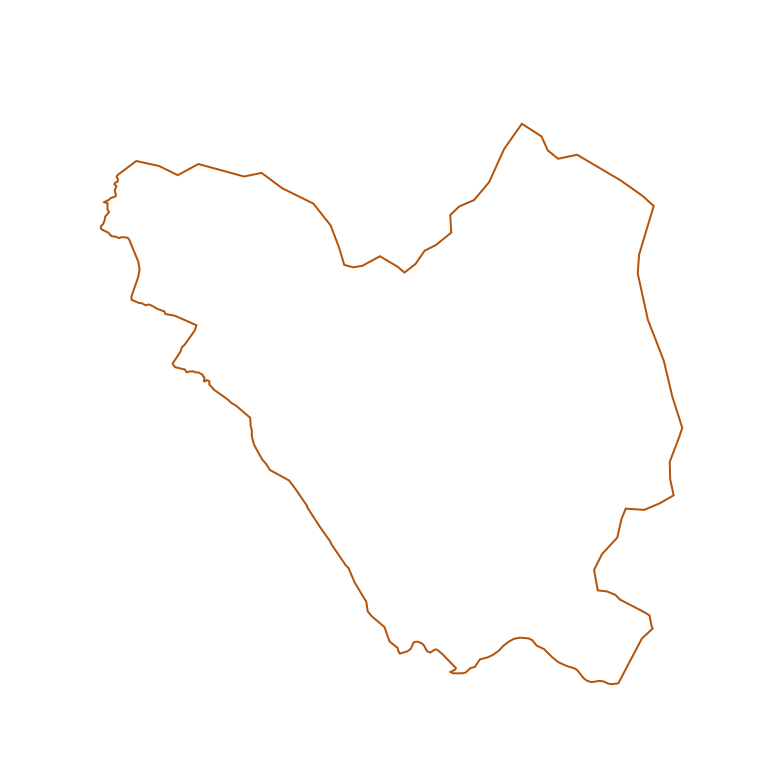 outline of Manyu, Sud-Ouest, Cameroon, rotated 278°
{"feature_id": "32672807B1261524164639", "entity_name": "Manyu", "entity_type": "district", "adm_level": 2, "iso_a3": "CMR", "parent_name": "Cameroon", "parent_adm1": "Sud-Ouest", "projection": "albers", "projection_center": [9.296, 5.93], "detail": "fine", "context": "isolated", "style": "outline", "palette": "amber", "viewbox_px": 768, "rotation_deg": 278, "n_neighbors": 0, "source": "geoboundaries", "source_scale": "gbopen_adm2", "svg_char_len": 2873}
<svg xmlns="http://www.w3.org/2000/svg" viewBox="0 0 768 768"><g transform="rotate(278 384 384)"><path d="M552.6,90.5L551.7,90.4L549.7,92.1L547.2,91.9L545.6,89.5L544.2,89.3L542.5,91.6L539.2,90.6L538.3,90.3L533.5,92.4L532.1,91.6L530.3,87.7L528.0,85.8L525.2,81.7L524.3,85.2L521.1,85.5L518.5,85.8L515.9,87.8L511.1,84.7L506.7,84.5L503.2,83.5L500.9,81.8L498.7,81.9L497.7,83.0L495.6,89.7L492.5,93.5L492.5,97.8L491.6,101.4L492.9,103.6L493.2,109.7L492.4,110.6L491.5,111.6L482.3,117.0L470.5,123.9L463.2,126.0L456.0,125.7L449.1,124.4L435.4,121.7L432.2,122.4L430.5,128.8L430.1,130.3L430.4,132.6L428.8,136.9L430.0,140.1L429.3,143.0L426.7,149.6L425.3,156.5L423.3,157.4L422.9,158.3L422.8,158.6L422.7,163.2L422.6,167.0L416.1,190.0L411.0,189.3L395.3,181.2L392.2,178.7L388.2,178.1L382.9,175.7L375.7,172.1L374.4,172.0L371.6,174.8L370.6,184.7L368.1,187.0L369.3,189.5L370.0,192.9L369.3,196.2L369.6,198.8L367.9,203.1L366.0,204.2L365.8,204.6L365.4,205.4L361.8,205.2L361.5,206.1L363.1,207.8L363.2,209.0L362.0,210.8L359.3,211.0L354.5,216.7L346.8,231.6L344.0,235.4L342.0,240.4L331.9,256.2L326.6,257.3L323.6,257.9L319.7,259.6L313.7,260.4L305.7,263.8L292.5,273.7L288.6,278.2L282.9,283.1L278.9,293.8L275.2,303.5L266.7,311.9L252.6,324.8L251.1,325.2L235.7,338.6L232.6,341.3L220.8,352.5L217.6,354.6L199.2,371.3L196.7,374.6L192.1,377.3L187.8,379.9L183.7,382.3L165.8,396.8L156.7,399.5L152.3,404.1L143.5,418.2L129.8,425.3L124.6,434.1L120.2,436.1L119.3,437.4L122.5,444.3L125.5,447.4L131.6,449.1L132.9,450.5L133.5,452.8L132.7,456.9L131.2,459.5L125.9,463.4L125.0,464.9L124.6,467.3L128.3,471.6L128.2,473.7L124.6,479.5L112.7,494.7L111.1,494.3L108.1,490.0L107.1,492.4L107.6,496.1L108.5,502.1L109.8,505.2L110.2,505.5L114.6,509.1L116.6,513.4L124.5,517.2L127.8,524.8L130.9,529.6L136.2,535.1L140.8,538.2L145.9,543.1L146.5,543.8L149.7,548.1L151.7,553.9L152.2,562.5L151.0,566.5L146.2,571.5L143.8,579.3L136.6,589.0L132.8,595.4L131.7,599.0L130.1,604.4L128.9,612.2L127.6,615.0L120.5,622.6L118.5,626.0L117.6,631.0L120.1,639.0L119.9,643.4L118.5,647.6L118.5,651.6L120.2,657.7L167.8,674.8L179.2,684.0L182.6,682.2L191.7,679.2L193.8,674.7L203.4,647.6L207.4,642.4L209.6,633.8L209.4,624.4L229.0,617.9L231.5,618.7L246.0,623.6L251.1,627.2L264.4,636.4L282.9,637.9L294.2,640.7L295.6,659.2L304.1,673.5L314.1,686.3L329.7,680.6L346.7,677.8L372.5,683.7L379.4,685.0L382.0,685.5L411.6,671.3L446.0,657.8L484.3,636.4L528.7,619.9L547.6,618.6L597.8,626.3L606.0,614.3L618.4,590.3L620.2,586.0L637.9,543.3L631.3,525.1L638.1,513.7L651.1,505.5L660.9,484.3L633.3,470.2L598.5,460.0L578.7,447.6L570.3,433.8L560.6,426.1L543.2,429.5L528.7,415.9L521.7,405.7L507.1,398.4L497.2,388.7L502.2,380.8L509.9,362.1L498.1,346.2L495.3,337.5L496.4,328.1L513.1,320.4L533.7,309.0L552.8,289.0L563.6,256.2L576.0,233.4L570.0,216.5L576.0,169.6L562.1,150.7L568.6,130.8L570.3,107.6L563.0,100.3L554.4,91.6L552.6,90.5Z" fill="none" stroke="#b45309" stroke-width="2"/></g></svg>